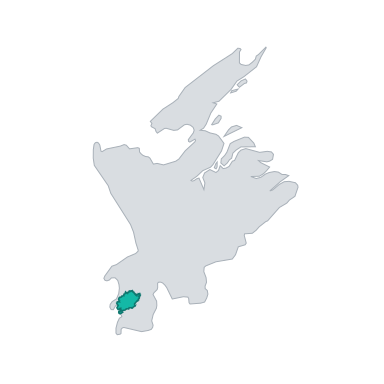 Nilphamari, Rangpur, Bangladesh (highlighted), rotated 240°
{"feature_id": "16705992B74406959438199", "entity_name": "Nilphamari", "entity_type": "district", "adm_level": 2, "iso_a3": "BGD", "parent_name": "Bangladesh", "parent_adm1": "Rangpur", "projection": "orthographic", "projection_center": [88.949, 26.021], "detail": "fine", "context": "in_parent", "style": "filled", "palette": "teal", "viewbox_px": 384, "rotation_deg": 240, "n_neighbors": 0, "source": "geoboundaries", "source_scale": "gbopen_adm2", "svg_char_len": 7722}
<svg xmlns="http://www.w3.org/2000/svg" viewBox="0 0 384 384"><g transform="rotate(240 192 192)"><path d="M135.0,268.6L134.9,260.0L129.2,243.0L129.5,241.1L128.3,232.9L126.8,228.4L126.1,223.6L129.5,216.6L128.2,215.5L120.6,213.4L119.7,211.6L121.4,204.7L115.9,198.3L113.8,193.4L119.6,177.8L121.1,167.0L120.7,164.9L117.1,162.4L110.9,161.4L106.5,159.4L104.0,156.3L101.8,155.1L99.1,156.0L95.6,154.7L92.8,151.7L90.4,147.9L91.4,143.9L96.0,134.3L97.6,134.1L101.5,135.9L103.0,135.9L105.6,132.2L109.2,121.4L121.8,122.3L124.8,122.0L127.9,121.1L129.6,119.8L130.6,118.0L130.2,116.6L126.4,114.5L124.9,113.0L123.8,108.7L122.7,107.0L115.2,106.8L111.3,104.8L109.1,103.0L105.3,97.1L100.6,92.7L96.1,91.7L94.4,90.2L93.4,88.0L94.0,84.8L96.3,78.5L108.8,65.2L109.1,63.7L108.6,62.0L105.0,59.8L104.8,58.7L105.8,55.9L107.8,55.6L112.1,58.1L116.4,62.3L119.0,66.0L119.1,68.9L122.5,69.5L125.3,70.8L128.2,70.4L130.1,71.1L131.4,70.9L131.8,69.2L129.4,65.0L130.6,63.2L133.4,63.3L135.5,64.9L137.0,68.1L137.2,73.2L140.6,77.7L145.0,81.0L148.4,82.5L152.6,83.5L156.1,82.5L157.9,79.3L157.1,76.4L157.6,73.9L159.0,72.5L161.3,72.5L162.9,74.6L167.8,85.5L166.9,90.3L168.0,103.6L166.9,112.4L167.7,115.7L168.5,116.3L175.8,117.9L186.5,121.3L194.6,122.5L231.4,121.0L239.4,122.6L263.9,120.7L270.7,123.4L278.0,127.7L282.2,131.0L283.0,132.9L282.6,134.6L281.2,135.5L278.7,135.6L272.9,133.6L271.9,134.3L272.0,139.5L267.6,152.8L267.0,156.9L265.4,158.5L260.6,159.5L257.5,167.2L256.2,168.2L252.9,166.6L250.9,166.9L248.5,167.7L246.0,169.5L244.3,171.7L242.4,172.5L235.5,172.5L234.2,176.1L229.7,180.9L226.8,193.3L227.1,197.1L231.1,206.8L234.0,219.6L235.0,220.9L236.3,221.0L236.3,215.1L237.6,214.3L239.2,215.0L242.6,222.8L244.5,224.8L247.4,225.3L250.7,224.0L253.1,221.6L254.0,219.1L253.0,210.5L254.5,207.0L260.0,201.6L260.8,200.0L260.3,191.4L262.4,191.1L265.3,191.7L268.8,189.5L269.9,189.5L271.5,191.6L274.0,191.2L278.3,208.2L278.9,220.2L279.9,226.9L281.3,228.4L285.9,238.3L290.7,273.6L291.7,296.0L293.6,303.6L292.2,305.4L290.9,305.7L289.5,303.1L280.1,297.6L277.9,298.3L274.8,301.7L273.6,304.8L274.2,309.1L275.3,313.3L277.6,315.6L277.8,318.3L280.5,328.4L279.8,328.4L274.6,319.4L268.2,310.5L265.9,294.4L265.6,286.4L261.3,277.1L257.1,260.7L258.7,254.9L255.8,257.5L251.0,247.8L243.7,238.3L241.5,234.0L241.4,229.9L238.4,234.1L234.2,237.1L230.0,241.6L227.2,243.0L218.1,244.0L212.8,238.1L205.2,223.8L204.2,220.5L205.1,212.0L203.2,204.0L202.6,196.9L201.3,197.6L200.8,199.5L201.1,202.5L200.6,205.0L188.1,203.5L193.4,207.7L199.2,208.6L202.2,212.4L202.5,218.7L196.9,222.5L197.4,225.7L200.7,229.6L196.7,230.7L195.7,233.3L195.6,236.9L198.5,242.4L198.0,244.6L202.9,251.8L203.8,255.3L202.7,260.3L192.5,270.4L189.6,277.5L187.0,280.8L183.9,281.4L180.0,278.1L179.9,274.7L180.7,271.9L186.0,265.3L183.1,266.2L174.8,271.7L173.2,267.3L172.1,263.2L172.0,258.2L176.0,250.7L171.5,254.4L170.3,259.1L170.8,264.6L170.3,268.5L168.5,273.6L166.1,276.7L162.2,278.7L160.4,281.7L157.8,284.0L156.8,273.7L154.0,259.9L153.4,262.8L154.9,271.4L154.8,277.0L152.7,281.4L148.3,286.2L145.0,286.9L143.1,286.2L136.8,279.0L136.3,272.3L135.0,268.6ZM211.1,268.2L203.4,270.0L199.5,269.5L206.6,256.9L206.3,251.4L205.2,246.8L201.4,243.2L201.2,240.6L199.5,237.1L198.6,232.9L202.7,231.5L206.0,233.9L207.3,238.6L209.0,242.1L214.8,249.3L214.8,253.8L213.3,264.8L211.1,268.2ZM227.4,263.9L222.8,267.3L224.1,247.5L227.6,254.8L228.6,258.7L227.4,263.9ZM245.1,253.7L243.1,255.1L241.2,254.0L238.7,249.4L239.8,243.5L240.5,242.7L243.6,248.6L245.1,253.7ZM263.2,294.8L260.5,295.1L259.2,293.7L259.8,291.7L259.0,285.4L262.3,284.7L263.7,290.0L263.2,294.8ZM259.9,277.1L258.1,283.4L257.2,280.6L258.5,275.0L259.9,277.1ZM204.6,226.8L205.4,228.8L201.1,226.2L200.0,224.4L201.9,223.4L204.6,226.8Z" fill="#d9dde1" stroke="#a8b0b8" stroke-width="1"/><path d="M130.1,95.4L130.3,95.0L130.5,95.1L130.4,95.1L130.5,95.1L130.6,94.7L130.3,94.6L130.2,94.5L130.2,94.3L130.2,94.2L130.3,94.2L130.2,94.1L130.3,94.0L130.3,93.9L130.2,93.8L130.3,93.5L130.5,93.4L130.8,93.3L130.9,93.2L131.0,93.1L131.0,92.9L130.7,92.9L130.9,92.7L130.8,92.3L130.7,92.2L130.5,92.3L130.4,92.3L130.1,92.2L130.3,92.1L130.2,92.0L130.4,91.9L130.6,91.8L130.8,91.7L131.1,91.7L131.3,91.8L131.5,92.0L131.7,91.9L132.0,92.0L132.1,91.9L132.2,91.6L132.5,91.8L132.8,91.7L132.7,91.6L132.9,91.7L133.2,91.4L133.3,91.5L133.8,91.5L134.0,91.4L134.3,91.6L134.5,91.5L134.7,91.4L134.8,91.3L134.8,91.2L135.0,91.0L135.0,90.8L135.3,90.7L135.7,90.7L136.0,90.8L136.2,91.1L136.4,91.0L136.5,91.0L136.5,90.9L136.4,90.8L136.4,90.7L136.4,90.1L136.8,90.0L136.9,89.9L136.7,89.4L136.8,89.4L137.0,89.3L137.1,89.1L137.0,88.7L137.6,88.4L137.6,88.2L137.4,88.2L137.3,87.9L137.2,88.0L137.2,87.8L137.1,87.7L136.9,87.6L136.8,87.4L136.9,87.2L137.0,87.0L137.1,86.9L136.9,86.7L137.1,86.4L137.0,86.2L136.9,86.3L136.9,86.2L137.0,86.1L137.1,85.9L136.9,86.0L136.7,85.8L136.8,85.8L137.0,85.7L137.0,85.4L137.2,85.2L137.3,84.8L137.2,84.5L137.3,84.4L137.6,84.4L138.0,84.7L138.3,84.5L138.7,84.5L138.6,84.3L138.3,84.0L138.1,83.8L137.9,83.7L137.7,83.3L137.6,83.2L137.4,83.1L137.4,82.9L137.3,82.6L137.2,82.3L137.2,82.1L137.0,81.9L136.9,81.5L137.0,81.5L136.8,81.3L136.6,81.2L136.8,81.1L136.7,80.9L136.7,80.6L136.5,79.9L136.6,79.4L136.9,79.2L136.4,78.6L136.5,78.2L136.4,78.1L136.5,77.8L136.5,77.3L136.8,77.3L137.0,77.1L136.8,76.3L136.8,75.9L136.6,75.6L136.3,75.3L136.2,75.1L135.7,74.7L135.4,74.7L135.2,74.7L135.2,74.8L134.8,74.6L134.6,74.5L134.4,74.4L134.4,74.5L134.2,74.5L134.1,74.3L134.2,74.1L134.0,74.3L134.0,74.2L133.9,74.1L133.9,73.9L133.6,73.6L133.4,73.7L133.5,73.5L133.6,73.4L133.9,73.3L134.0,73.1L134.0,72.8L134.2,72.3L134.0,72.1L133.9,72.0L133.6,71.9L133.4,71.7L133.4,71.3L133.4,71.2L132.6,71.2L132.4,71.1L131.7,71.1L131.4,71.3L131.1,71.4L130.8,71.3L130.6,71.3L130.5,71.0L130.2,70.7L130.1,70.3L129.8,70.1L129.7,69.6L129.5,69.3L129.2,69.3L129.1,69.1L128.8,69.1L128.3,69.1L127.3,69.2L127.2,69.3L126.9,69.5L126.7,69.8L126.8,70.1L126.7,70.2L126.7,70.8L127.0,70.9L127.0,71.1L127.1,71.4L127.3,71.3L127.3,71.5L127.2,71.7L126.9,71.7L126.6,71.7L126.6,71.8L126.4,71.6L125.9,71.7L126.0,71.8L125.8,71.8L125.7,71.7L125.4,71.5L125.4,71.4L125.2,71.1L125.3,71.1L125.3,70.9L125.1,71.0L125.1,70.9L125.1,70.7L124.9,70.7L124.7,70.7L124.6,70.2L124.7,69.8L124.5,69.7L124.6,69.1L124.9,68.8L124.6,68.7L124.2,68.2L123.9,68.1L123.4,68.3L123.1,68.3L122.9,68.5L122.6,68.6L122.4,68.5L122.3,68.3L122.3,68.6L122.5,68.9L122.7,69.2L122.5,70.0L122.3,70.4L122.5,71.1L122.5,71.6L122.9,71.4L123.1,71.4L123.3,71.5L123.5,71.7L123.7,71.8L123.8,72.0L124.0,72.6L123.9,72.7L123.7,72.9L123.7,73.0L124.0,73.0L123.8,73.8L123.3,74.2L123.0,74.2L123.3,74.3L123.2,74.9L123.4,75.3L123.5,75.8L123.4,75.9L123.4,76.0L123.4,76.5L123.6,76.6L123.6,76.9L123.4,77.2L123.3,77.4L123.0,77.8L122.9,78.0L122.7,78.6L122.3,78.7L122.3,78.8L122.5,79.0L123.0,79.3L123.0,79.6L123.2,79.8L123.0,80.0L122.7,80.4L122.6,80.6L122.5,80.8L122.5,81.0L122.4,81.2L122.3,81.3L122.3,81.5L122.1,81.7L121.9,81.6L121.7,81.6L121.5,82.0L121.3,82.1L121.3,82.4L121.4,82.9L121.6,83.1L121.8,83.9L121.7,84.5L121.9,84.9L122.0,85.3L121.9,85.5L121.7,85.7L121.8,85.8L122.0,85.9L122.1,86.1L122.2,85.8L122.3,85.7L122.6,85.8L123.1,85.9L123.4,86.1L123.7,86.2L124.1,86.5L124.2,86.9L124.1,87.2L124.1,87.5L124.4,88.0L124.5,88.2L124.6,88.3L124.7,88.6L124.9,89.4L124.9,89.7L125.0,89.6L125.2,89.8L125.2,90.2L125.0,90.4L125.1,90.5L125.2,90.8L125.2,91.7L125.4,91.7L125.8,91.7L126.0,91.8L126.0,92.1L126.1,92.7L126.2,92.9L126.3,92.9L126.3,93.0L126.5,93.4L126.7,93.5L126.9,93.7L127.2,93.6L127.5,93.7L127.9,93.7L127.9,93.8L127.9,94.2L128.0,94.2L128.0,94.5L128.1,94.9L128.0,95.1L128.2,95.3L129.0,95.4L128.8,95.2L128.6,95.3L128.6,94.9L128.9,94.9L128.8,95.0L129.0,95.2L129.3,95.2L129.2,95.2L129.4,95.1L129.6,95.4L129.6,95.5L129.7,95.4L129.8,95.5L129.8,95.4L129.9,95.6L130.1,95.6L130.0,95.4L130.1,95.4Z" fill="#14b8a6" stroke="#0f766e" stroke-width="1.5"/></g></svg>